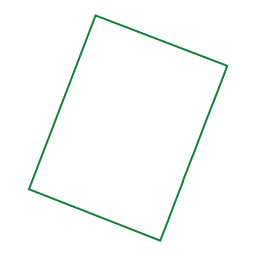 outline of Jackson, Minnesota, United States of America, rotated 291°
{"feature_id": "52423323B81129641248246", "entity_name": "Jackson", "entity_type": "district", "adm_level": 2, "iso_a3": "USA", "parent_name": "United States of America", "parent_adm1": "Minnesota", "projection": "equal_earth", "projection_center": [-95.1, 43.674], "detail": "fine", "context": "isolated", "style": "outline", "palette": "green", "viewbox_px": 256, "rotation_deg": 291, "n_neighbors": 0, "source": "geoboundaries", "source_scale": "gbopen_adm2", "svg_char_len": 596}
<svg xmlns="http://www.w3.org/2000/svg" viewBox="0 0 256 256"><g transform="rotate(291 128 128)"><path d="M221.6,198.4L221.4,57.4L219.9,57.4L146.4,57.5L144.8,57.5L35.3,57.5L34.4,198.4L40.7,198.5L55.2,198.6L59.1,198.5L59.3,198.5L97.9,198.5L98.0,198.5L99.8,198.2L109.1,198.3L119.9,198.3L123.8,198.3L124.0,198.3L127.9,198.5L137.9,198.4L140.4,198.4L159.3,198.3L159.5,198.3L165.6,198.3L171.8,198.3L177.9,198.4L184.2,198.5L190.4,198.5L196.6,198.5L202.7,198.5L202.8,198.5L211.4,198.5L215.4,198.4L215.9,198.4L219.8,198.4L220.5,198.4L221.6,198.4Z" fill="none" stroke="#15803d" stroke-width="2"/></g></svg>